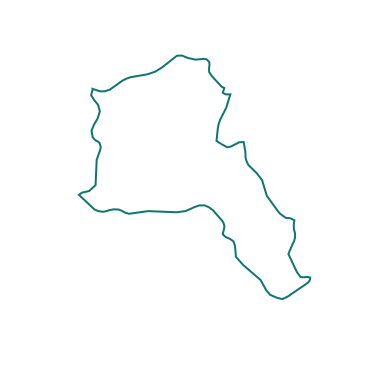 an SVG outline of Nueva Segovia, rotated 233°
{"feature_id": "NIC-667", "entity_name": "Nueva Segovia", "entity_type": "Department", "adm_level": 1, "iso_a3": "NIC", "parent_name": "Nicaragua", "parent_adm1": "", "projection": "natural_earth1", "projection_center": [-86.233, 13.77], "detail": "fine", "context": "isolated", "style": "outline", "palette": "teal", "viewbox_px": 384, "rotation_deg": 233, "n_neighbors": 0, "source": "natural_earth", "source_scale": "10m", "svg_char_len": 1619}
<svg xmlns="http://www.w3.org/2000/svg" viewBox="0 0 384 384"><g transform="rotate(233 192 192)"><path d="M257.8,100.0L257.7,103.6L254.7,110.5L255.5,119.1L275.0,135.2L281.0,144.2L282.8,146.2L286.7,147.7L289.2,147.1L291.7,145.9L295.5,145.6L301.5,148.7L304.8,154.3L307.5,160.9L311.9,167.0L318.0,169.4L324.4,169.2L330.0,169.7L333.7,174.4L334.2,174.6L327.6,179.3L324.9,183.0L323.2,188.2L322.8,203.5L322.0,207.8L320.8,211.7L312.8,227.3L310.3,234.8L309.5,242.8L309.9,262.0L306.9,266.2L301.9,269.1L295.7,274.3L291.1,281.8L289.1,283.5L285.4,284.0L282.9,282.4L280.5,280.0L277.5,277.9L272.7,277.6L258.3,279.0L255.6,280.4L252.7,276.3L249.6,277.7L246.9,281.4L238.6,269.9L232.5,257.5L229.8,253.7L227.5,251.1L218.0,242.3L212.6,244.3L206.6,247.0L205.8,248.5L204.9,250.6L203.3,259.7L200.8,263.3L192.3,259.0L187.0,255.3L182.7,253.8L179.5,253.3L168.0,255.0L159.2,255.1L143.8,249.4L123.9,249.1L121.2,249.4L115.0,251.3L112.2,254.4L107.9,256.8L104.4,253.4L101.3,251.2L96.6,249.2L93.6,246.8L91.1,243.7L89.9,241.0L84.5,231.7L65.1,227.6L59.0,227.5L57.8,228.6L56.9,229.6L54.8,232.9L52.5,234.9L51.4,233.9L50.3,232.2L49.8,229.3L50.6,212.1L50.8,206.5L51.5,202.0L52.0,200.0L53.3,198.7L56.4,196.2L62.7,192.6L68.5,192.1L80.5,193.8L103.0,188.9L113.9,188.1L123.0,193.9L127.9,195.4L131.9,194.0L135.7,191.8L139.7,191.1L144.0,196.2L145.7,197.6L148.3,198.5L150.2,198.8L164.5,197.8L169.5,196.4L173.6,194.1L176.8,189.9L178.4,185.1L180.6,175.5L185.0,167.6L203.1,145.5L212.6,128.5L215.5,126.3L218.7,124.9L222.1,122.9L225.3,119.0L227.3,114.9L228.3,111.8L229.8,109.0L232.9,105.8L236.7,103.6L257.8,100.0Z" fill="none" stroke="#0f766e" stroke-width="2"/></g></svg>